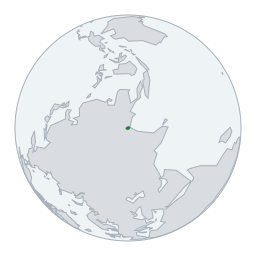 the Earth from above Tripura, rotated 225°
{"feature_id": "IND-3301", "entity_name": "Tripura", "entity_type": "State", "adm_level": 1, "iso_a3": "IND", "parent_name": "India", "parent_adm1": "", "projection": "orthographic", "projection_center": [91.787, 23.743], "detail": "fine", "context": "on_globe", "style": "filled", "palette": "green", "viewbox_px": 256, "rotation_deg": 225, "n_neighbors": 0, "source": "natural_earth", "source_scale": "10m", "svg_char_len": 10763}
<svg xmlns="http://www.w3.org/2000/svg" viewBox="0 0 256 256"><g transform="rotate(225 128 128)"><circle cx="128" cy="128" r="113" fill="#eef3f6" stroke="#a8b0b8"/><path d="M170.8,23.8L170.7,23.8L174.9,26.5L179.7,29.1L176.0,27.5L187.3,33.9L191.8,38.0L184.6,32.5L182.2,31.2L184.2,33.3L182.2,32.6L182.1,33.3L179.5,32.3L175.5,29.5L173.8,28.9L175.3,30.5L173.7,30.8L171.7,28.5L168.7,28.8L161.5,25.0L158.3,20.9L152.2,19.2L143.3,16.5L142.0,16.4L137.8,15.9L134.8,15.7L134.0,15.5L132.2,15.6L133.5,15.8L133.2,15.9L131.5,15.9L130.2,15.7L130.9,15.6L129.6,15.6L128.7,15.5L127.3,15.4L126.2,15.6L123.0,15.6L122.8,15.5L126.1,15.4L126.5,15.4L135.6,15.6L144.6,16.6L153.5,18.3L162.3,20.7L170.8,23.8ZM183.5,31.3L182.2,30.3L184.2,31.6L183.5,31.3ZM182.5,33.6L183.5,34.2L183.0,34.3L182.5,33.6ZM178.6,33.0L177.4,33.2L177.9,32.5L178.6,33.0ZM176.3,33.0L173.6,33.9L175.6,35.2L168.4,32.3L173.1,32.3L173.4,31.2L174.6,32.4L176.3,33.0ZM134.6,15.9L133.2,15.6L136.0,15.9L134.6,15.9ZM136.5,16.0L145.5,17.0L146.8,17.6L143.5,17.0L146.5,17.9L142.7,17.6L140.2,17.1L140.1,16.7L138.7,16.9L136.5,16.0ZM164.9,30.7L163.6,30.6L164.2,30.2L164.9,30.7ZM133.2,16.0L134.9,16.1L136.2,16.5L133.0,16.5L133.6,16.3L133.2,16.0ZM149.1,18.4L149.4,18.8L146.5,18.7L146.2,18.9L142.7,17.7L149.1,18.4ZM132.5,16.2L131.4,16.5L129.3,16.4L131.7,16.0L132.5,16.2ZM137.9,16.7L138.3,16.9L137.0,16.8L137.9,16.7ZM121.1,16.4L123.1,16.2L123.9,16.4L121.1,16.4ZM131.1,16.6L131.8,16.7L132.4,16.8L131.2,16.9L131.1,16.6ZM140.9,17.8L139.5,17.7L142.1,18.2L140.0,18.3L138.1,17.6L138.0,17.9L137.4,18.0L136.5,17.3L140.9,17.8ZM131.7,17.5L128.5,16.9L124.6,17.0L123.7,16.8L130.2,16.7L131.7,17.5ZM134.6,17.4L132.6,17.4L132.6,17.1L133.9,16.9L134.6,17.4ZM139.3,18.7L143.1,18.8L143.4,19.0L139.3,18.7ZM130.6,17.6L131.4,17.8L130.3,17.6L130.6,17.6ZM136.6,18.4L137.9,18.3L138.2,18.5L136.6,18.4ZM131.9,18.2L130.9,18.0L131.7,17.8L131.9,18.2ZM134.1,18.3L134.2,18.6L132.7,17.9L134.6,18.3L134.1,18.3ZM136.7,18.6L137.3,18.7L136.1,18.6L136.7,18.6ZM129.3,19.2L127.1,18.3L129.0,17.8L130.8,18.7L129.3,19.2ZM32.0,69.1L37.4,62.8L36.1,66.1L39.3,70.3L39.1,72.0L35.4,76.3L35.1,87.7L38.9,85.0L42.0,92.8L46.1,95.5L53.4,87.0L46.7,82.3L48.8,76.9L56.8,76.7L63.2,81.3L64.2,79.4L62.9,73.0L67.2,70.9L62.8,70.6L62.5,73.1L59.8,73.1L59.9,70.9L61.4,70.2L60.3,68.2L53.4,72.8L52.3,75.8L47.7,73.7L45.5,78.6L43.2,79.7L46.1,71.9L47.9,69.7L50.9,60.4L48.5,62.4L45.6,71.4L45.2,70.1L42.0,73.4L44.2,69.8L48.1,59.9L45.7,58.3L37.9,63.9L37.5,62.9L39.4,59.4L47.2,51.2L47.1,54.5L49.9,52.2L54.1,47.2L53.7,48.8L55.4,47.4L55.8,48.6L60.4,46.9L61.5,48.1L67.3,44.3L68.6,44.5L64.8,46.6L62.6,48.8L65.6,52.2L67.4,52.0L70.9,49.4L71.3,50.9L74.3,48.0L78.0,49.1L76.1,45.5L80.2,42.9L84.6,42.1L85.6,40.7L78.4,42.1L75.9,43.3L74.3,45.2L67.1,48.6L65.2,48.2L71.4,42.6L69.4,41.6L75.2,38.2L90.9,35.9L95.5,36.9L94.6,43.8L91.2,44.8L89.9,42.7L87.4,47.0L89.4,45.5L89.7,46.9L93.7,45.2L94.1,46.1L97.3,43.0L98.2,44.0L96.2,45.9L102.9,44.7L106.0,46.5L107.3,45.8L107.9,44.6L111.4,47.9L112.2,47.3L111.4,45.9L112.5,43.8L115.8,41.7L116.8,42.9L115.8,43.9L115.1,48.0L112.2,50.6L112.9,51.0L115.7,49.0L116.5,43.9L118.2,42.3L118.3,44.5L118.4,43.6L119.6,43.2L121.7,44.1L121.8,41.6L133.2,36.7L138.5,38.3L137.3,40.6L146.4,39.6L151.6,42.2L150.8,40.8L154.6,39.8L153.0,39.0L152.9,38.3L162.0,36.3L165.0,37.1L168.0,35.4L167.6,34.8L165.6,34.1L168.4,32.3L175.6,35.2L176.2,36.3L180.3,37.6L180.9,40.3L183.4,43.3L181.7,46.0L183.8,48.4L185.2,48.7L189.1,52.5L192.2,59.9L183.5,52.6L177.6,42.7L179.5,46.5L177.2,45.4L176.8,46.6L178.3,49.5L179.6,50.0L172.7,54.5L172.6,62.9L177.1,62.1L180.5,64.5L184.4,75.0L178.6,90.4L183.1,95.0L183.9,98.3L180.9,100.5L179.8,95.8L176.2,94.3L176.0,91.5L170.9,94.0L170.4,90.1L166.6,94.3L168.8,97.4L173.5,96.3L170.5,102.0L176.1,107.2L177.5,113.9L170.4,126.2L162.1,130.3L161.8,132.5L158.1,130.2L153.8,134.6L161.0,146.1L161.0,149.5L153.8,156.2L153.5,153.7L143.8,147.7L142.4,155.8L149.7,162.4L152.3,170.0L146.8,167.7L144.2,161.0L140.7,158.7L141.4,151.7L138.1,141.2L132.5,143.1L132.7,138.8L127.3,129.9L119.2,132.3L106.5,142.5L105.1,153.1L100.5,157.2L94.1,141.0L93.6,130.4L89.7,130.7L84.3,120.7L70.7,116.9L70.1,113.9L67.2,114.4L63.6,110.4L63.2,105.5L60.4,104.8L61.9,117.8L65.0,118.6L69.5,115.3L69.2,119.6L72.8,124.4L64.0,132.3L45.9,134.9L46.4,126.7L44.5,101.2L45.8,99.1L45.9,98.8L46.0,98.3L43.5,101.5L43.9,96.7L42.5,113.5L41.3,120.2L45.6,135.2L44.7,136.1L46.8,139.6L56.2,140.2L55.7,142.7L49.9,152.9L38.8,163.9L41.6,175.1L43.1,183.6L39.1,186.1L42.4,193.1L40.8,193.7L42.7,197.3L43.1,199.7L42.6,200.9L39.0,197.1L37.3,194.8L36.0,193.0L30.5,184.3L21.7,165.0L20.2,158.6L18.8,152.3L16.2,135.5L16.6,128.8L16.5,124.7L16.0,123.6L16.1,118.7L16.0,117.5L16.0,115.8L17.2,107.6L19.0,99.5L21.4,91.6L24.4,83.8L27.9,76.3L32.0,69.1ZM31.0,71.0L29.9,72.8L31.0,71.0ZM67.6,91.6L72.9,94.2L74.5,87.2L76.7,87.8L76.5,85.3L74.6,86.7L74.6,80.3L78.4,79.7L79.8,77.0L78.1,76.0L71.2,78.4L71.2,87.3L68.2,89.2L67.6,91.6ZM64.5,39.2L63.2,40.6L61.1,41.8L59.8,41.2L62.9,39.4L64.5,39.2ZM62.0,42.4L68.5,37.6L69.6,38.0L67.9,38.5L67.9,39.3L65.2,40.4L59.8,45.9L57.6,47.4L56.5,45.0L58.1,44.8L59.2,43.3L62.0,42.4ZM83.4,27.2L86.2,25.9L84.8,28.4L82.3,29.4L80.9,28.7L83.0,27.1L83.4,27.2ZM118.3,15.8L119.5,15.7L119.8,15.7L119.1,15.8L118.3,15.8ZM116.5,16.0L116.3,16.0L117.2,16.0L121.9,15.8L128.3,15.7L129.2,16.0L128.1,16.3L126.7,16.3L126.6,16.0L124.8,16.4L123.5,16.1L122.0,16.3L113.5,16.6L114.4,16.4L108.3,17.2L112.3,16.5L109.7,16.9L116.5,16.0ZM114.8,23.5L115.3,22.4L111.5,24.4L110.2,23.5L109.8,23.8L107.6,23.6L104.2,24.0L104.1,23.5L102.8,23.9L101.3,23.9L99.6,24.3L98.8,23.7L96.5,24.2L97.4,23.6L93.8,24.7L96.1,23.6L94.4,23.7L93.1,24.7L93.0,21.7L91.2,21.8L88.4,22.6L92.8,21.0L98.2,19.4L103.4,18.4L104.6,18.8L106.3,18.2L107.4,18.2L105.5,18.7L109.0,18.1L109.4,18.3L114.1,18.3L118.8,17.6L120.7,17.8L119.0,18.2L122.0,18.1L120.1,18.9L121.3,19.1L120.7,20.3L116.7,21.2L118.4,21.4L118.0,22.5L114.8,23.5ZM128.9,19.5L124.5,20.5L121.6,20.5L123.9,18.4L123.0,18.2L124.4,17.1L128.6,17.1L127.8,17.4L128.0,17.7L126.6,17.6L127.9,17.9L126.9,18.3L127.6,18.7L125.9,18.9L128.9,19.5ZM41.0,71.0L41.2,71.9L42.0,72.7L40.0,74.9L41.0,71.0ZM43.5,64.2L44.0,64.5L41.5,67.7L41.3,66.9L43.5,64.2ZM46.4,62.1L44.2,64.2L45.2,62.6L46.4,62.1ZM65.5,46.8L66.3,47.1L65.5,47.8L64.1,48.4L65.5,46.8ZM103.2,30.4L103.9,29.4L104.7,29.4L108.0,27.8L109.2,28.5L107.7,29.7L103.2,30.4ZM51.1,87.8L48.7,88.8L48.6,87.5L49.4,87.4L51.1,87.8ZM43.1,81.6L44.0,84.2L42.6,82.2L43.1,81.6ZM105.1,30.8L106.3,30.1L106.2,30.9L105.1,30.8ZM110.3,29.0L110.5,29.8L109.8,28.4L110.3,29.0ZM99.1,233.0L101.3,233.9L99.5,233.7L99.1,233.0ZM56.3,188.0L56.2,200.7L52.4,199.2L49.8,194.6L48.5,186.3L52.2,185.5L53.4,182.2L56.3,188.0ZM178.7,184.9L181.8,184.9L181.6,185.4L178.7,184.9ZM175.6,183.7L179.1,183.4L174.9,184.8L175.6,183.7ZM180.5,183.3L184.1,181.9L185.6,181.0L185.3,182.0L180.5,183.3ZM173.2,184.0L159.7,185.0L154.3,184.1L155.6,182.3L164.4,182.2L173.2,184.0ZM155.2,182.3L146.8,177.7L134.9,163.2L139.1,163.5L151.5,172.2L150.7,173.7L155.8,177.4L155.2,182.3ZM175.2,171.8L174.3,176.4L167.0,176.7L163.6,176.2L161.2,170.6L162.6,167.5L165.4,167.4L175.9,156.3L179.6,158.4L176.5,163.0L179.5,166.7L175.2,171.8ZM105.6,154.2L108.3,160.7L105.8,161.5L105.6,154.2ZM179.8,148.5L175.8,153.5L179.4,147.0L179.8,148.5ZM181.8,142.5L182.2,144.8L180.3,142.7L181.8,142.5ZM162.0,135.7L159.0,136.4L158.8,134.8L162.4,132.9L162.0,135.7ZM178.5,119.6L179.0,124.5L178.6,126.2L177.0,123.4L178.5,119.6ZM117.3,37.7L111.3,39.0L107.8,40.8L107.1,43.1L105.5,40.6L110.9,37.8L117.3,37.7ZM131.1,36.6L131.7,34.9L133.2,35.5L133.2,36.0L131.1,36.6ZM130.3,35.7L127.8,34.0L129.2,33.0L130.9,34.5L130.3,35.7ZM116.2,31.8L114.4,32.1L114.5,31.3L116.2,31.8ZM194.3,218.2L196.2,216.0L199.0,214.4L196.2,217.0L194.3,218.2ZM189.1,211.7L168.8,220.5L164.8,220.4L166.8,218.0L165.2,211.3L166.6,211.3L166.9,206.3L179.5,200.1L188.9,189.8L194.7,189.2L199.9,181.7L205.5,180.7L203.2,186.3L208.3,188.0L213.7,175.3L214.8,186.3L217.2,188.9L215.5,195.5L204.0,209.6L199.3,213.4L199.2,212.7L197.0,214.5L194.8,215.0L195.3,212.0L193.1,213.7L196.1,210.4L192.4,213.6L192.1,211.7L189.1,211.7ZM228.7,176.4L229.0,176.3L228.9,177.5L228.5,177.9L228.7,176.4ZM232.9,167.2L232.8,167.7L232.6,168.2L232.9,167.2ZM232.8,167.1L233.3,165.7L233.0,166.9L232.8,167.1ZM231.9,162.7L232.3,161.8L232.4,162.2L231.9,162.7ZM186.2,184.3L190.6,180.2L192.8,179.6L186.2,184.3ZM231.6,161.6L230.9,162.1L231.0,161.4L231.6,161.6ZM231.9,160.0L231.9,159.2L232.1,161.0L231.9,160.0ZM230.5,159.0L231.4,160.0L230.4,159.3L230.5,159.0ZM229.9,159.7L229.1,159.4L229.2,159.1L229.9,159.7ZM219.8,165.8L222.8,170.0L220.1,171.0L217.1,168.8L214.2,173.0L207.9,174.3L209.6,171.9L208.9,169.0L202.0,169.4L200.6,167.7L203.2,165.7L198.5,165.1L203.7,163.0L205.6,166.8L208.5,162.8L213.2,162.3L217.5,162.3L220.7,164.2L219.8,165.8ZM203.4,172.4L204.3,172.2L203.4,173.6L203.4,172.4ZM227.7,157.9L228.8,159.3L228.6,159.9L228.0,159.9L227.7,157.9ZM221.5,163.2L225.0,158.3L225.8,158.0L223.4,162.9L221.5,163.2ZM224.3,156.3L225.8,156.2L226.5,157.8L226.2,158.5L224.3,156.3ZM192.9,170.6L192.6,171.8L191.2,171.2L192.9,170.6ZM194.7,169.6L198.8,170.1L194.3,170.7L194.7,169.6ZM181.6,167.5L182.8,170.1L186.9,167.8L183.8,170.8L186.5,175.0L185.5,176.9L182.9,172.3L181.7,177.6L179.9,177.7L179.0,173.4L180.9,167.8L182.8,165.3L190.1,163.3L181.6,167.5ZM194.7,166.2L193.6,163.0L194.4,160.7L195.6,162.2L194.7,166.2ZM190.1,155.6L186.8,152.1L184.1,154.0L189.5,147.7L191.7,152.1L190.1,155.6ZM187.1,147.4L184.5,149.1L187.0,145.5L187.1,147.4ZM183.7,147.9L183.3,145.2L185.4,145.2L183.7,147.9ZM188.4,147.3L188.6,142.6L189.8,145.1L188.4,147.3ZM181.9,139.1L186.7,143.0L180.8,141.9L179.7,132.9L182.2,132.4L181.9,139.1ZM190.5,101.0L189.4,98.6L191.4,97.6L191.6,99.6L190.5,101.0ZM197.0,93.2L191.6,96.6L187.1,99.7L188.9,100.6L188.6,105.1L185.5,101.4L188.0,96.2L191.6,94.7L191.3,91.0L193.4,88.2L191.7,84.0L192.3,81.9L195.0,85.4L197.0,93.2ZM190.8,82.2L188.6,74.7L192.7,75.1L194.2,76.9L193.4,80.0L191.3,79.6L190.8,82.2ZM189.3,73.1L187.2,72.7L179.5,62.8L178.9,60.9L186.9,68.2L185.4,68.3L186.5,70.8L189.3,73.1ZM164.4,31.2L163.7,30.7L165.0,31.1L164.4,31.2ZM152.0,37.9L152.1,37.0L153.6,37.4L152.0,37.9ZM153.2,34.9L151.4,35.1L152.8,34.4L153.2,34.9ZM147.6,35.7L150.5,34.9L148.3,36.4L147.6,35.7Z" fill="#d9dde1" stroke="#a8b0b8" stroke-width="1"/><path d="M128.9,128.1L128.7,128.2L128.4,128.2L128.2,128.0L128.3,128.4L128.3,128.5L128.2,128.6L128.0,128.8L127.9,128.9L127.9,129.0L128.0,129.1L128.0,129.3L127.9,129.3L127.9,129.5L127.7,129.5L127.5,129.4L127.4,129.2L127.3,128.9L127.2,129.0L127.3,129.3L127.2,129.3L127.1,129.2L127.1,128.9L127.1,128.7L126.9,128.5L126.9,128.4L126.8,128.2L127.0,127.9L127.0,127.7L127.2,127.4L127.3,127.3L127.5,127.3L127.7,127.2L127.8,127.2L128.0,127.1L128.2,126.9L128.3,126.8L128.5,126.8L128.5,126.7L128.6,126.4L128.8,126.5L128.8,126.8L128.8,127.0L129.0,127.1L129.0,127.3L129.0,127.5L128.9,127.6L129.0,127.7L129.0,127.8L128.9,127.8L128.9,128.0L128.9,128.1Z" fill="#22c55e" stroke="#15803d" stroke-width="1.5"/></g></svg>